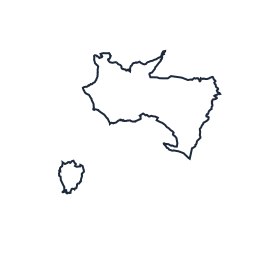 the district of Ayahualulco, Veracruz, Mexico, rotated 124°
{"feature_id": "50627088B50190092788877", "entity_name": "Ayahualulco", "entity_type": "district", "adm_level": 2, "iso_a3": "MEX", "parent_name": "Mexico", "parent_adm1": "Veracruz", "projection": "natural_earth1", "projection_center": [-97.172, 19.399], "detail": "fine", "context": "isolated", "style": "outline", "palette": "slate", "viewbox_px": 256, "rotation_deg": 124, "n_neighbors": 0, "source": "geoboundaries", "source_scale": "gbopen_adm2", "svg_char_len": 5754}
<svg xmlns="http://www.w3.org/2000/svg" viewBox="0 0 256 256"><g transform="rotate(124 128 128)"><path d="M119.9,187.9L121.0,186.6L122.2,184.2L122.7,183.6L122.7,182.7L122.9,182.0L122.4,179.0L122.7,178.0L123.4,176.8L124.2,174.6L124.5,174.5L125.3,173.5L127.1,170.3L128.0,169.4L128.8,169.0L129.9,167.8L131.1,167.6L132.0,167.2L132.1,166.9L131.9,166.3L131.2,166.6L129.9,163.2L130.0,163.2L130.2,159.7L130.2,155.2L131.5,151.2L131.5,150.4L131.7,150.2L131.8,149.7L133.3,147.3L133.8,146.0L134.7,145.3L133.3,144.9L132.8,144.5L132.4,142.9L132.0,142.9L131.6,142.5L131.5,142.1L130.9,141.6L129.8,140.8L128.4,140.5L126.7,139.8L126.1,139.2L125.3,138.7L125.5,138.1L125.1,137.9L125.0,138.1L124.7,137.4L124.7,137.0L125.0,136.7L124.9,136.2L124.1,136.0L124.3,135.6L124.2,134.9L123.0,133.2L122.1,132.7L121.8,132.1L120.5,130.5L120.6,129.8L120.1,127.7L118.9,126.3L118.9,125.9L118.5,125.4L117.7,125.4L116.3,124.3L115.1,123.8L114.9,123.5L113.6,122.6L113.2,122.7L112.0,123.7L111.5,123.9L111.2,125.1L107.6,123.6L107.5,121.8L107.7,120.8L107.6,120.4L106.6,119.7L106.5,119.2L106.8,118.0L106.8,117.0L106.0,116.2L105.6,116.1L104.8,115.4L104.3,113.7L103.3,111.9L102.8,109.0L105.6,108.6L105.0,104.2L104.6,102.8L104.6,101.9L104.7,99.2L104.9,98.2L105.3,97.4L105.5,96.0L105.4,94.1L105.9,91.6L105.9,88.9L106.2,88.2L106.3,87.6L107.0,87.3L107.9,87.4L108.4,86.8L108.6,86.3L108.5,84.8L109.2,82.3L113.1,78.5L116.1,77.1L117.3,79.0L117.5,79.7L117.6,81.0L118.0,81.9L118.5,82.2L118.7,83.3L118.8,85.4L120.7,89.0L120.3,90.3L121.3,89.2L121.8,86.7L122.7,84.7L122.4,83.8L122.5,82.8L122.9,81.9L122.1,78.7L121.5,77.9L121.1,77.7L119.0,72.9L117.8,67.8L119.0,61.0L119.0,59.6L109.0,63.6L108.1,63.0L105.6,62.0L105.1,62.1L104.4,62.7L103.3,62.4L102.1,62.7L101.0,63.2L99.8,63.4L95.7,62.5L94.9,63.0L93.7,64.6L93.1,64.7L92.8,65.0L91.1,65.8L88.9,67.8L88.2,68.0L86.8,67.7L84.4,68.2L84.1,68.0L82.4,68.0L82.0,68.3L80.7,68.1L80.1,67.6L77.5,66.5L75.8,66.2L74.0,67.1L74.0,68.0L74.3,68.4L74.3,69.1L74.5,69.4L74.3,69.7L73.9,69.6L73.6,70.1L72.5,70.3L72.0,69.6L71.2,69.6L69.4,70.2L68.6,70.3L66.4,69.8L65.5,69.3L65.2,69.5L64.9,69.9L63.4,70.5L62.4,70.4L61.1,71.4L60.9,71.7L61.0,72.0L60.5,72.4L60.3,72.4L59.3,73.2L59.1,72.9L57.9,73.6L56.7,73.5L55.8,72.2L54.2,71.2L53.7,71.0L53.1,71.6L53.3,73.0L53.1,74.4L52.2,74.1L51.5,73.4L50.9,73.2L50.6,72.7L49.4,72.3L48.8,71.7L48.7,71.0L48.3,70.7L48.2,71.2L48.0,71.3L47.8,71.8L48.2,72.8L48.1,73.1L48.2,73.8L47.9,74.2L47.5,75.2L46.6,75.3L46.3,75.0L45.3,75.0L44.8,75.8L44.8,77.6L44.4,78.4L42.9,79.7L42.9,80.9L42.0,81.9L40.4,81.6L39.9,82.1L39.9,83.3L39.6,84.2L38.9,85.1L38.8,85.6L38.3,86.2L38.4,86.6L40.5,88.1L41.6,88.6L43.1,89.8L43.7,90.5L44.3,91.6L44.5,92.7L45.1,93.0L45.6,93.6L45.6,94.1L46.1,94.7L46.1,95.4L47.4,94.9L48.1,94.3L49.1,94.5L49.1,95.0L48.3,95.6L48.1,95.9L48.1,96.7L47.6,97.4L47.8,98.1L48.1,98.3L48.3,98.9L49.3,99.6L49.6,101.0L52.3,101.8L52.5,102.9L54.7,105.1L55.8,110.0L56.2,111.6L60.9,121.3L64.6,122.8L69.1,129.6L69.8,132.3L73.4,137.8L71.5,140.3L70.8,140.6L69.8,140.1L68.6,139.1L63.7,138.8L62.3,139.4L61.5,139.1L56.8,138.8L53.8,138.4L53.1,139.0L52.0,138.6L50.2,139.2L48.8,140.3L48.3,140.4L48.1,140.1L46.9,140.0L46.6,139.6L46.2,140.1L44.8,140.4L44.0,140.4L43.8,140.1L43.4,140.3L44.9,141.7L47.8,141.4L48.6,140.9L49.9,140.7L51.1,140.8L52.6,141.9L55.5,143.2L56.7,144.3L58.6,145.3L59.6,146.4L62.7,148.6L63.7,148.9L64.8,148.9L66.1,150.0L66.5,151.1L66.8,153.9L66.8,154.6L66.5,155.4L68.8,157.0L69.2,157.5L69.1,158.1L70.1,158.6L71.1,159.8L72.6,160.1L73.4,159.9L74.4,160.0L75.1,160.3L77.5,159.6L78.7,158.6L80.0,157.9L80.0,158.8L79.6,159.0L79.7,159.8L79.4,160.4L79.9,160.9L80.4,160.7L81.3,161.4L81.4,161.8L80.9,162.6L81.1,163.1L81.6,164.0L81.5,164.6L81.9,164.9L82.2,165.9L81.7,167.2L81.2,167.4L80.6,167.8L80.2,168.9L80.1,169.9L80.6,171.8L80.2,173.0L80.1,174.4L80.4,175.1L82.6,177.3L83.5,179.4L83.5,180.5L83.2,181.1L83.0,182.1L82.3,182.9L81.9,182.9L81.1,182.1L80.1,182.1L79.3,182.5L78.8,182.3L77.8,182.7L77.9,183.2L77.3,184.0L77.0,184.8L76.8,184.7L76.5,185.5L78.3,187.9L79.7,190.3L81.4,191.8L81.9,192.1L82.0,191.4L82.5,190.7L82.7,190.2L83.0,190.5L83.4,189.5L83.8,189.7L84.0,189.5L84.4,190.0L84.7,189.9L86.0,190.9L85.6,191.7L85.7,192.5L85.6,194.0L85.8,194.1L85.6,194.5L85.8,195.1L85.9,195.6L86.4,196.3L87.2,196.4L87.8,196.0L88.8,195.0L90.1,194.5L92.8,191.4L92.8,190.6L93.2,189.4L93.2,188.2L93.8,187.0L96.6,185.8L98.0,184.8L98.5,184.2L99.3,184.1L100.6,183.0L101.7,182.6L102.5,182.0L105.3,181.5L105.8,181.2L106.6,181.4L108.1,181.1L108.9,181.3L110.3,182.1L111.8,182.4L112.4,182.9L112.5,183.5L114.4,183.9L114.6,184.1L114.7,184.6L115.4,184.5L115.8,184.8L116.4,184.9L117.2,185.6L117.3,186.0L118.8,187.4L119.9,187.9ZM206.1,158.3L206.0,156.7L208.7,154.6L211.8,149.3L212.6,147.7L213.6,147.3L214.5,146.2L215.9,146.2L216.3,146.0L217.4,146.5L217.7,146.4L217.7,146.0L216.0,144.7L215.1,145.4L214.8,145.4L214.1,144.8L214.1,144.4L214.9,143.8L215.5,143.0L216.2,143.0L216.4,142.6L216.2,141.8L215.1,141.3L214.7,140.7L214.5,139.9L214.1,139.6L213.8,139.4L213.2,140.1L211.2,140.3L210.2,140.6L209.8,140.5L209.3,140.0L209.1,139.2L208.6,138.5L208.7,138.1L208.1,138.3L207.7,138.1L207.4,137.6L206.5,137.2L205.5,137.7L204.1,138.1L203.5,138.6L202.4,138.7L201.2,137.4L199.9,137.7L199.7,137.7L199.4,137.3L198.4,137.3L198.0,137.8L197.4,137.8L196.4,138.4L193.3,139.3L192.8,140.1L192.4,140.1L191.7,140.7L188.9,140.1L187.8,141.0L184.9,144.4L185.2,146.9L186.6,146.2L188.9,149.0L189.1,150.7L188.5,150.7L187.3,151.3L187.0,151.1L186.8,151.4L186.9,152.0L186.8,152.7L185.6,154.9L186.6,155.8L187.3,156.1L189.1,156.3L189.3,156.4L189.1,157.8L189.3,158.0L189.5,157.9L190.0,158.6L190.9,158.8L193.1,160.1L193.0,163.0L193.4,162.6L196.6,161.2L197.8,161.8L199.4,161.9L201.4,160.2L201.5,161.2L201.7,161.3L202.1,161.0L202.3,160.0L203.6,160.0L204.5,159.6L204.9,159.1L205.5,158.9L206.1,158.3Z" fill="none" stroke="#1e293b" stroke-width="2"/></g></svg>